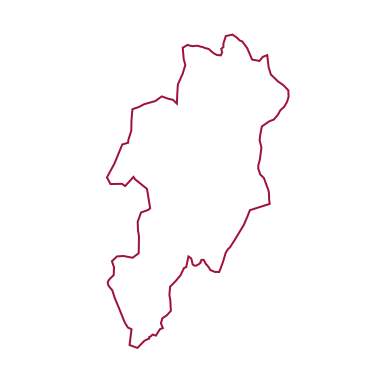 Yewa South, Ogun, Nigeria, rotated 6°
{"feature_id": "59680162B97490121732821", "entity_name": "Yewa South", "entity_type": "district", "adm_level": 2, "iso_a3": "NGA", "parent_name": "Nigeria", "parent_adm1": "Ogun", "projection": "equal_earth", "projection_center": [2.951, 6.767], "detail": "fine", "context": "isolated", "style": "outline", "palette": "rose", "viewbox_px": 384, "rotation_deg": 6, "n_neighbors": 0, "source": "geoboundaries", "source_scale": "gbopen_adm2", "svg_char_len": 2100}
<svg xmlns="http://www.w3.org/2000/svg" viewBox="0 0 384 384"><g transform="rotate(6 192 192)"><path d="M270.5,195.7L269.6,191.8L268.5,184.4L267.5,181.5L266.1,178.8L262.0,170.5L258.1,167.5L255.4,161.8L255.2,158.2L256.1,152.7L256.4,140.5L253.8,133.4L253.9,128.2L254.6,119.5L261.4,113.7L265.9,111.3L269.4,106.1L271.3,101.5L274.8,97.6L277.1,92.4L278.1,87.4L277.2,80.9L272.0,76.4L265.9,73.0L258.1,66.9L256.5,62.9L255.3,60.4L252.5,48.0L248.3,50.2L245.4,54.6L237.9,54.0L231.9,43.2L226.2,37.0L223.6,36.3L220.8,34.0L215.8,31.2L209.3,33.4L207.7,41.2L208.1,44.5L206.1,46.6L207.4,50.0L206.4,53.1L202.4,53.1L199.4,51.9L196.6,50.2L193.7,48.0L190.0,47.5L188.3,47.0L187.0,46.6L185.4,46.6L182.9,46.0L181.2,46.1L177.4,46.9L174.0,46.6L172.3,46.1L167.7,49.5L169.4,58.2L169.8,60.6L172.1,66.4L170.4,75.2L166.7,86.6L167.1,95.7L167.7,105.7L163.5,102.3L159.0,101.8L151.9,100.1L146.0,105.4L135.4,109.6L130.3,113.0L124.1,115.9L124.3,126.7L125.2,137.4L123.3,146.6L123.3,149.7L117.7,152.0L117.5,152.7L112.0,171.5L105.9,186.4L110.1,192.6L121.6,191.2L124.9,193.1L132.2,183.1L134.0,185.3L146.9,193.6L152.1,212.6L150.1,214.5L143.5,217.7L141.1,227.3L142.3,235.8L143.9,241.6L145.4,258.5L139.8,263.6L130.4,262.8L124.2,263.9L119.6,269.2L122.3,275.0L122.8,282.8L118.8,287.7L117.6,290.5L117.9,292.0L119.1,294.3L123.0,298.1L126.5,306.0L131.4,314.9L135.2,322.1L138.9,329.0L142.4,333.5L146.2,334.8L145.9,350.7L154.0,352.8L160.0,345.2L161.5,344.0L164.8,342.2L164.6,340.7L166.2,339.8L167.6,337.9L171.1,338.6L174.4,331.9L177.2,330.4L174.8,325.8L175.7,320.7L179.8,317.3L183.4,312.4L181.7,301.7L180.3,296.9L180.1,288.5L185.1,282.2L189.3,276.0L192.0,268.4L194.1,267.3L195.2,256.5L197.4,257.6L198.5,258.9L200.2,263.9L201.8,264.9L202.9,265.0L204.2,264.6L206.2,263.1L207.6,261.9L207.7,260.7L208.1,260.4L208.3,259.7L208.3,258.9L208.8,258.5L210.2,258.2L211.0,258.6L213.4,262.2L214.7,263.3L216.5,265.1L218.4,267.7L223.2,269.1L227.4,268.7L228.9,263.3L230.1,258.4L231.1,253.1L231.8,249.2L232.9,246.7L234.1,244.6L235.1,243.6L235.7,242.8L239.7,234.8L247.0,219.2L249.5,211.2L251.5,204.0L270.5,195.7Z" fill="none" stroke="#9f1239" stroke-width="2"/></g></svg>